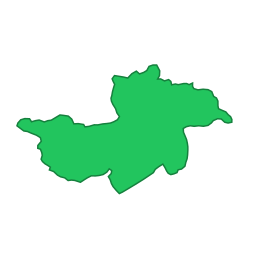 Embu-Guaçu, São Paulo, Brazil, rotated 58°
{"feature_id": "56859067B87631402258962", "entity_name": "Embu-Guaçu", "entity_type": "district", "adm_level": 2, "iso_a3": "BRA", "parent_name": "Brazil", "parent_adm1": "São Paulo", "projection": "natural_earth1", "projection_center": [-46.834, -23.853], "detail": "fine", "context": "isolated", "style": "filled", "palette": "green", "viewbox_px": 256, "rotation_deg": 58, "n_neighbors": 0, "source": "geoboundaries", "source_scale": "gbopen_adm2", "svg_char_len": 2051}
<svg xmlns="http://www.w3.org/2000/svg" viewBox="0 0 256 256"><g transform="rotate(58 128 128)"><path d="M178.1,36.9L175.8,35.4L172.7,35.0L169.8,36.0L166.2,36.5L162.5,39.1L159.6,41.0L156.9,40.0L152.8,37.5L149.4,37.1L146.7,38.6L141.5,37.7L137.9,39.8L134.9,43.8L132.7,48.5L129.5,51.3L126.9,51.2L124.1,49.4L123.6,53.2L121.3,54.8L119.8,57.3L117.9,62.4L115.8,64.5L114.5,68.1L111.2,67.0L108.5,67.9L107.4,72.1L103.7,74.3L102.2,76.9L100.2,73.5L96.3,70.8L89.8,70.3L87.8,73.5L86.9,77.5L89.2,81.6L89.2,85.2L88.2,89.6L84.2,90.8L84.0,95.9L85.5,101.7L82.5,104.7L78.9,108.8L76.4,111.7L77.9,115.4L80.7,115.9L83.9,116.2L86.2,118.9L89.1,122.0L91.9,124.5L93.7,126.6L96.4,127.8L100.0,128.3L105.1,128.3L109.3,129.4L113.8,129.2L115.4,132.6L115.2,136.6L114.5,140.3L112.9,143.8L111.1,147.4L109.4,151.9L107.4,155.0L106.0,160.1L104.2,163.9L101.5,163.8L97.9,167.9L95.8,171.7L90.7,171.0L86.3,172.3L83.3,175.8L80.9,178.8L80.8,183.4L80.7,189.0L79.3,192.1L78.5,195.8L74.2,199.1L72.8,202.4L71.6,206.5L68.0,206.6L65.3,210.6L64.2,214.6L65.4,218.7L67.3,221.0L71.5,219.4L75.3,217.9L77.7,215.1L81.1,212.8L85.5,209.5L89.7,207.4L93.3,208.6L95.0,213.7L97.4,215.3L99.6,213.5L103.3,214.2L105.9,215.3L108.4,218.2L111.1,218.3L114.3,217.4L117.6,215.7L120.1,214.6L121.9,216.9L125.5,214.1L130.5,212.8L133.6,211.1L136.7,208.1L140.8,206.6L142.2,203.5L144.3,200.9L148.8,197.1L148.7,192.6L148.7,188.8L149.1,184.5L151.3,181.1L152.9,177.8L154.3,173.7L154.2,169.3L152.7,165.6L155.5,164.4L157.7,166.3L158.8,170.4L162.4,170.5L166.4,171.5L169.9,171.7L174.7,171.0L179.0,170.1L179.4,166.7L179.5,162.5L179.6,156.8L179.7,148.9L179.7,142.0L179.3,130.1L177.5,126.8L177.1,122.5L177.1,117.6L181.2,117.6L184.8,118.0L187.7,117.9L190.2,116.4L191.2,113.4L191.8,110.1L190.0,107.6L191.2,104.3L190.6,100.0L187.7,97.1L185.4,94.2L182.5,91.8L178.5,89.0L175.6,87.2L172.5,85.8L168.9,84.5L165.4,83.9L161.0,83.2L157.7,81.4L157.8,77.8L159.1,74.0L161.6,71.0L163.6,66.8L166.5,63.1L168.2,58.8L167.9,54.6L166.9,51.7L167.6,47.1L169.9,44.1L174.4,42.9L176.8,40.5L178.1,36.9Z" fill="#22c55e" stroke="#15803d" stroke-width="1.5"/></g></svg>